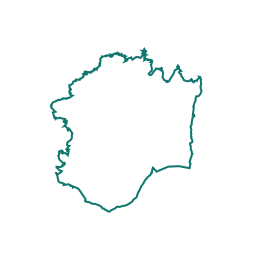 the district of Jenin, West Bank, Palestine, rotated 133°
{"feature_id": "87354302B37411468451868", "entity_name": "Jenin", "entity_type": "district", "adm_level": 2, "iso_a3": "PSE", "parent_name": "Palestine", "parent_adm1": "West Bank", "projection": "mercator", "projection_center": [35.215, 32.426], "detail": "fine", "context": "isolated", "style": "outline", "palette": "teal", "viewbox_px": 256, "rotation_deg": 133, "n_neighbors": 0, "source": "geoboundaries", "source_scale": "gbopen_adm2", "svg_char_len": 5811}
<svg xmlns="http://www.w3.org/2000/svg" viewBox="0 0 256 256"><g transform="rotate(133 128 128)"><path d="M79.9,186.3L80.0,186.6L80.8,185.8L81.2,185.9L81.8,186.8L81.2,186.7L81.0,187.1L81.5,187.8L84.2,189.1L85.0,188.5L85.9,190.3L86.2,189.0L86.7,188.5L87.2,188.7L87.2,189.6L87.7,190.9L87.9,190.6L88.1,191.6L88.7,192.4L88.9,192.2L89.3,192.5L89.2,192.9L89.8,193.2L90.1,193.3L90.2,192.9L90.7,193.1L90.7,193.8L93.7,195.4L93.7,195.7L94.2,195.4L95.8,195.7L97.0,194.9L97.2,194.1L98.9,193.1L99.7,193.0L99.8,192.5L100.5,192.6L100.7,192.3L100.2,192.3L100.3,192.0L101.4,191.9L101.5,191.0L102.2,191.0L102.8,191.4L105.1,191.2L105.1,191.5L105.8,191.9L106.4,191.9L106.7,191.2L107.4,193.0L108.2,193.1L108.5,192.4L108.8,192.8L109.2,192.7L109.4,192.2L110.1,192.6L111.0,192.5L111.6,192.9L111.7,193.5L112.7,193.6L113.1,193.1L113.8,193.9L114.0,194.6L113.9,195.0L114.6,195.8L115.6,195.6L115.6,196.0L116.2,196.5L115.6,197.4L116.2,198.1L116.7,198.0L116.8,196.8L116.5,196.8L116.5,194.8L117.1,194.8L118.3,196.2L118.7,197.5L119.0,197.6L119.0,196.3L119.8,196.7L121.3,195.4L122.0,195.9L123.6,196.0L124.3,196.7L124.9,196.6L125.5,196.1L125.9,196.3L128.0,199.1L128.8,199.0L129.1,198.2L131.3,199.7L133.5,198.7L134.4,199.1L136.7,199.4L136.8,199.9L138.5,198.2L138.3,196.8L138.7,196.3L139.0,196.8L139.5,196.7L139.7,196.4L139.6,196.1L140.8,196.2L141.8,195.3L141.3,194.3L141.6,193.6L141.9,193.3L142.5,193.9L142.9,193.1L142.8,191.5L142.2,190.7L145.2,191.2L146.3,191.9L147.0,192.1L147.2,192.7L148.4,192.8L148.6,193.6L149.5,193.9L149.9,195.0L150.7,195.8L151.4,196.1L151.7,195.7L152.2,196.3L154.0,196.8L154.8,198.2L156.3,198.4L156.9,199.0L158.2,199.2L159.3,200.0L160.5,200.4L163.9,199.8L163.8,199.1L165.3,198.4L165.7,193.4L165.6,192.1L167.9,193.6L169.6,190.4L170.8,188.7L169.7,188.1L170.6,187.1L169.7,187.0L168.5,185.7L167.2,185.2L165.7,182.1L164.2,180.1L164.6,179.4L166.9,179.7L166.9,178.6L167.2,178.6L167.3,178.1L164.8,177.4L165.8,176.5L167.3,175.9L170.1,175.9L169.3,175.4L169.5,173.5L169.4,172.0L169.0,171.5L170.5,171.1L170.8,170.2L168.8,169.7L169.9,164.9L171.4,164.4L171.8,163.8L174.1,162.0L176.2,161.8L179.8,162.5L182.0,161.0L182.1,159.9L181.2,158.8L185.2,158.6L184.1,156.6L185.8,156.7L185.7,157.1L186.3,157.1L186.2,156.5L185.7,155.8L185.7,155.3L189.0,153.4L188.8,156.5L190.0,157.5L190.7,158.9L191.3,158.6L191.7,159.5L191.1,160.1L190.7,159.8L189.8,159.8L189.9,160.2L189.6,160.5L189.9,161.4L190.5,161.2L192.1,162.4L194.9,160.0L195.7,160.2L197.6,157.2L197.9,156.3L197.9,151.9L196.8,150.8L196.9,150.0L198.5,149.6L199.6,150.6L200.5,150.5L200.7,149.9L201.8,150.3L203.2,151.4L205.1,153.8L205.5,153.3L205.0,153.0L205.6,152.0L205.6,149.3L204.7,147.0L206.1,146.8L209.9,147.9L210.2,148.3L209.7,149.7L209.9,149.9L211.2,147.1L214.5,142.3L214.4,140.6L213.4,139.3L212.4,136.8L213.6,136.2L209.7,133.1L209.1,131.1L209.5,131.0L209.6,130.5L208.9,130.0L208.4,128.6L209.0,127.9L208.0,127.8L206.4,123.6L206.5,121.2L209.0,110.6L210.0,109.8L210.6,109.7L210.8,109.2L210.2,108.5L209.9,107.2L209.0,106.3L208.1,104.0L208.1,103.0L207.4,102.4L206.8,101.2L206.1,100.6L204.6,97.2L204.0,95.2L203.8,93.1L204.3,91.9L203.3,90.8L203.6,89.4L202.7,88.3L202.8,86.4L202.1,84.9L201.7,84.5L199.3,84.1L195.7,82.6L193.4,82.5L192.6,82.0L191.9,80.8L190.8,79.9L188.3,78.5L186.6,77.1L184.0,75.9L179.4,74.8L177.9,74.8L176.4,75.2L173.4,74.5L172.2,74.8L167.9,76.8L167.0,76.7L161.8,78.5L157.4,79.1L155.1,79.9L149.8,80.1L147.1,79.6L145.0,80.3L145.1,80.0L144.5,79.9L144.5,80.4L140.2,82.7L140.2,81.7L139.9,81.3L140.2,80.7L140.3,79.8L140.1,79.0L140.4,77.3L128.8,72.2L121.2,64.7L115.4,55.6L111.3,58.1L111.3,59.0L110.7,60.0L109.3,60.4L108.3,61.1L106.0,61.9L103.9,63.2L102.9,63.2L102.7,63.6L102.7,64.4L101.5,65.6L101.2,67.0L98.3,70.0L97.3,72.0L96.7,72.1L95.1,71.5L94.2,71.5L92.7,73.3L92.3,74.9L91.0,75.8L90.9,76.5L89.3,77.4L88.9,78.4L86.1,80.5L84.3,83.2L81.7,83.9L81.5,84.5L76.7,87.7L73.9,87.7L73.4,88.7L74.4,89.4L68.0,93.9L67.4,94.7L67.6,94.9L64.4,96.5L61.6,97.3L61.1,98.2L58.4,99.7L57.5,98.7L56.1,98.1L54.2,98.2L51.3,99.1L50.4,100.2L50.0,101.1L48.1,103.4L46.2,104.2L44.0,106.9L42.9,107.5L41.5,109.8L42.1,111.0L42.6,109.7L44.6,110.4L46.1,110.0L46.4,109.7L47.7,111.2L48.5,111.4L49.7,111.0L50.0,111.5L49.8,112.4L50.2,113.4L49.6,114.2L49.2,114.0L49.0,114.9L50.3,115.2L51.0,115.0L52.5,115.6L53.5,116.7L54.9,119.8L53.9,122.4L53.7,123.8L53.8,124.1L53.4,124.4L52.3,126.1L52.8,126.8L52.5,128.8L51.2,128.9L50.1,128.1L49.9,129.4L50.1,130.5L49.6,131.5L48.6,132.2L48.3,134.1L49.6,133.8L49.4,133.4L50.2,132.9L49.9,132.0L50.3,131.7L53.7,133.2L56.9,131.7L64.8,130.3L65.3,129.8L67.7,130.6L68.0,131.3L67.0,131.7L68.3,133.9L67.3,137.5L64.7,139.0L62.8,141.6L63.2,142.6L61.2,143.8L61.4,144.3L61.9,144.1L61.8,144.4L62.5,144.2L62.8,144.7L63.5,144.5L63.6,144.8L63.2,145.3L64.0,146.3L64.2,146.2L65.6,148.2L66.3,147.7L67.0,147.5L67.8,147.8L72.1,147.2L73.6,147.3L74.3,148.0L74.5,148.7L74.5,149.4L74.1,149.9L70.2,149.8L69.2,150.1L67.5,152.1L66.1,154.4L65.5,154.4L63.8,155.2L64.1,155.9L63.3,155.4L62.8,155.6L62.3,156.3L62.3,157.0L63.1,157.1L63.1,158.3L63.9,159.7L64.4,159.5L64.9,160.0L64.9,161.1L65.4,161.4L65.6,162.0L65.3,162.0L65.2,162.3L65.6,162.6L66.7,162.0L67.3,162.3L66.3,162.7L66.2,163.3L65.6,163.3L65.4,164.0L64.5,164.0L63.8,164.3L63.3,165.0L63.5,165.4L63.3,165.5L62.4,164.9L63.1,166.5L62.2,165.9L61.9,166.4L61.5,166.3L61.4,166.5L61.5,166.7L61.1,167.1L59.6,167.0L59.5,167.4L60.0,167.7L59.2,169.9L60.8,169.5L61.6,169.6L61.9,170.0L61.8,167.8L62.5,167.8L62.9,168.3L63.9,168.3L64.2,166.7L65.0,166.3L66.1,166.9L67.4,166.5L68.4,166.7L68.9,168.6L70.5,170.4L75.0,171.4L74.6,173.3L74.2,173.7L74.7,174.0L78.0,175.7L79.1,174.7L81.4,175.7L80.1,175.9L79.2,177.2L79.2,177.8L78.4,178.2L78.5,178.7L77.2,178.5L77.5,179.1L77.2,179.8L78.3,180.1L78.1,180.7L79.2,181.0L79.7,182.7L78.7,182.9L78.2,183.1L78.2,183.4L79.7,183.2L79.8,183.8L80.4,183.8L80.7,184.5L79.8,185.4L80.1,186.2L79.9,186.3Z" fill="none" stroke="#0f766e" stroke-width="2"/></g></svg>